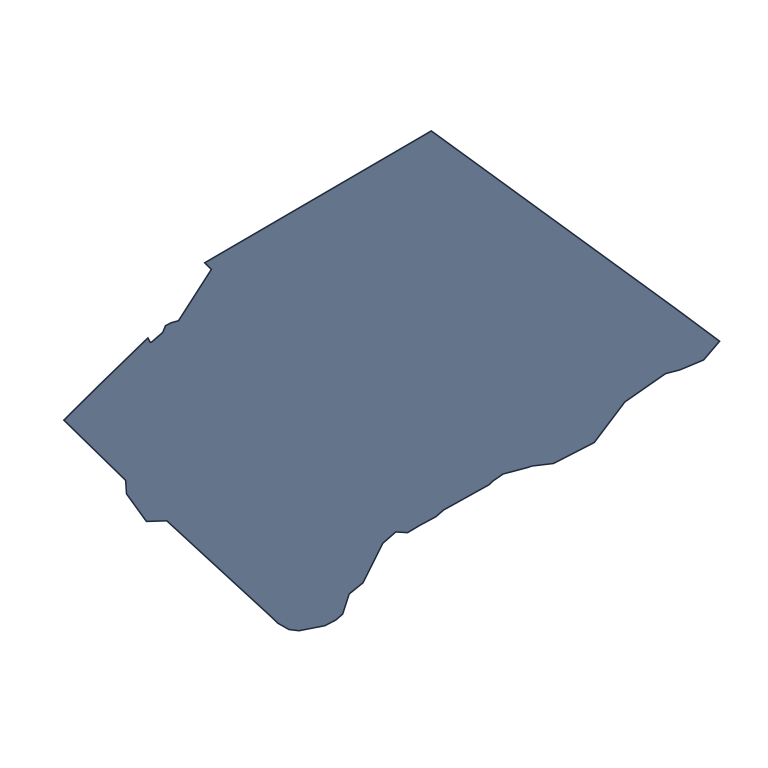 Rensselaer, New York, United States of America (Equal Earth projection), rotated 224°
{"feature_id": "52423323B33397436463796", "entity_name": "Rensselaer", "entity_type": "district", "adm_level": 2, "iso_a3": "USA", "parent_name": "United States of America", "parent_adm1": "New York", "projection": "equal_earth", "projection_center": [-73.547, 42.711], "detail": "fine", "context": "isolated", "style": "filled", "palette": "slate", "viewbox_px": 768, "rotation_deg": 224, "n_neighbors": 0, "source": "geoboundaries", "source_scale": "gbopen_adm2", "svg_char_len": 783}
<svg xmlns="http://www.w3.org/2000/svg" viewBox="0 0 768 768"><g transform="rotate(224 384 384)"><path d="M172.3,647.9L226.2,640.9L525.8,598.9L597.2,346.6L587.8,346.5L575.8,286.8L579.6,280.3L581.7,274.1L579.0,267.4L580.3,252.5L581.2,251.6L585.8,253.2L586.0,248.8L588.1,185.1L589.0,145.5L589.1,139.1L589.1,136.9L589.2,135.6L502.9,135.2L492.9,126.1L459.4,120.1L445.2,134.7L390.6,136.0L303.0,138.2L294.1,138.2L281.7,141.4L273.7,147.5L258.6,169.1L254.7,180.8L253.9,189.8L263.2,208.8L261.0,226.4L274.2,268.6L272.8,285.7L263.8,293.4L260.2,306.7L254.5,324.5L253.6,334.8L238.4,384.7L238.3,389.7L235.8,402.0L222.1,424.7L220.7,427.6L206.9,444.5L192.3,487.4L192.1,487.9L198.3,538.4L188.7,587.0L181.0,599.6L170.8,623.3L172.3,647.9Z" fill="#64748b" stroke="#1e293b" stroke-width="1.5"/></g></svg>